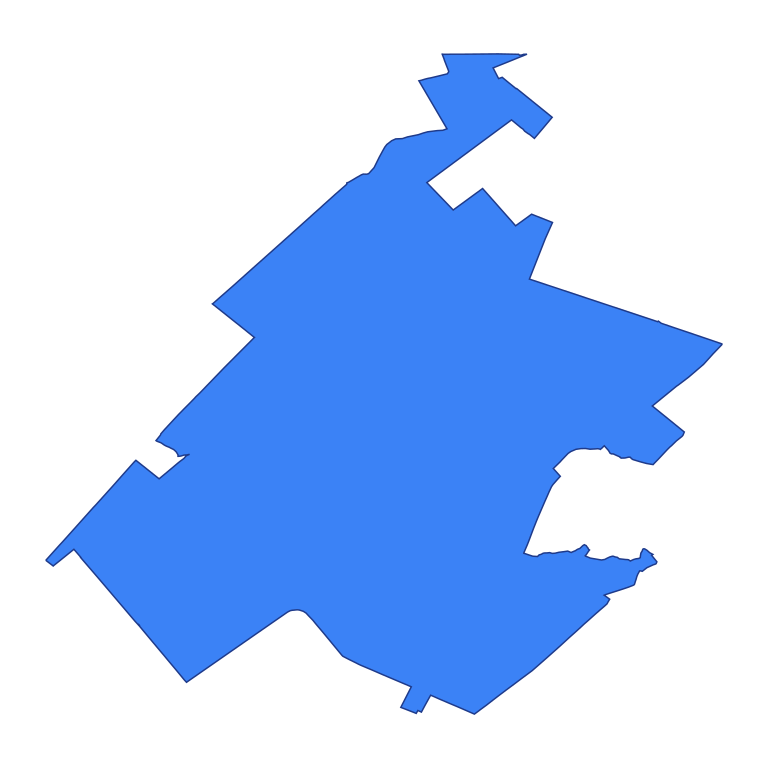 outline of Sinesti, Ialomita, Romania
{"feature_id": "2599482B7496910182319", "entity_name": "Sinesti", "entity_type": "district", "adm_level": 2, "iso_a3": "ROU", "parent_name": "Romania", "parent_adm1": "Ialomita", "projection": "natural_earth1", "projection_center": [26.424, 44.577], "detail": "fine", "context": "isolated", "style": "filled", "palette": "blue", "viewbox_px": 768, "rotation_deg": 0, "n_neighbors": 0, "source": "geoboundaries", "source_scale": "gbopen_adm2", "svg_char_len": 5375}
<svg xmlns="http://www.w3.org/2000/svg" viewBox="0 0 768 768"><path d="M684.3,432.0L652.3,406.0L676.5,386.2L678.3,385.0L688.8,377.0L703.6,364.3L706.6,361.0L713.0,353.9L721.9,344.6L721.9,343.9L710.0,339.8L673.6,327.5L661.3,323.3L658.3,321.1L657.7,321.7L529.4,279.1L545.2,238.9L552.5,222.5L531.6,214.2L515.6,225.8L482.6,188.5L453.2,210.0L426.8,182.6L469.2,151.2L511.5,119.9L520.8,127.6L522.9,129.0L524.7,131.2L528.5,133.9L529.4,134.3L534.4,138.4L543.3,127.9L552.2,117.3L516.6,88.5L516.1,88.7L508.7,82.7L502.2,77.3L498.6,78.6L493.1,67.9L510.0,61.1L527.0,54.2L523.7,54.3L521.7,55.0L519.4,55.2L518.7,54.3L498.1,53.9L462.9,54.2L459.0,54.2L457.6,54.2L450.8,54.2L448.1,54.3L445.5,54.3L443.4,54.3L442.7,54.1L442.2,54.2L442.6,55.2L442.8,55.7L443.4,57.3L443.9,58.5L444.4,60.2L446.8,66.4L448.0,69.4L448.6,71.1L448.7,71.5L448.7,71.8L448.5,72.1L448.2,72.6L447.8,73.1L447.2,73.9L445.9,74.2L444.2,74.6L440.2,75.6L434.4,77.0L430.6,77.9L428.3,78.3L426.6,78.7L424.4,79.3L421.2,80.3L418.9,80.8L447.0,128.8L442.8,130.3L437.3,130.6L427.7,131.8L423.3,133.0L418.3,134.7L407.5,136.9L402.4,138.6L395.7,138.9L391.7,140.7L386.8,144.5L385.8,145.8L384.8,147.1L383.0,150.3L379.3,157.1L374.1,167.6L368.7,173.6L366.8,174.2L363.2,174.1L361.4,174.8L359.0,176.2L356.8,177.4L352.8,179.8L349.2,181.9L348.5,182.3L346.8,182.9L346.8,184.1L346.6,184.4L341.0,189.3L335.4,194.2L323.6,204.8L320.8,207.4L314.6,212.9L298.5,227.4L293.7,231.7L278.5,245.3L252.7,268.3L233.6,285.4L219.1,298.1L213.0,303.5L212.4,303.9L242.4,327.8L254.2,337.3L254.4,337.4L224.4,367.5L221.7,370.3L199.7,393.1L195.9,396.7L194.3,398.5L193.7,399.1L189.4,403.5L183.9,409.0L180.9,412.1L178.6,414.4L164.5,429.6L160.8,433.9L160.5,435.0L156.0,440.6L156.5,441.0L158.1,441.7L160.3,442.5L161.0,442.8L162.1,443.5L163.9,444.8L165.3,445.6L166.5,446.2L169.3,447.3L170.9,448.2L173.6,449.5L175.0,450.7L176.3,452.0L178.0,454.8L178.0,456.3L178.9,456.3L181.1,456.0L184.0,455.1L186.9,454.9L189.6,454.3L186.2,455.8L184.2,458.1L184.0,458.4L180.1,461.3L178.1,462.9L168.0,471.4L159.1,478.8L135.9,460.3L134.6,461.5L123.8,473.6L113.1,485.7L95.8,504.9L93.3,507.5L78.1,524.5L62.5,541.9L59.6,545.0L46.1,560.0L46.3,560.7L53.1,565.9L53.2,566.0L54.0,565.3L60.4,560.2L73.9,549.3L80.8,557.3L80.6,557.5L96.0,575.4L103.6,584.3L134.9,621.1L137.2,623.6L138.1,624.6L138.3,624.4L138.5,624.3L139.4,625.3L139.0,625.6L139.2,625.8L153.2,642.6L162.0,653.1L163.8,655.2L168.0,660.3L175.3,669.0L179.2,673.7L184.2,679.8L186.5,682.3L254.5,635.0L280.6,616.9L287.5,612.1L290.2,610.7L292.0,610.3L294.2,610.1L297.1,609.8L299.2,610.0L303.3,611.3L306.1,613.1L308.4,615.6L313.0,620.4L315.4,623.4L323.5,633.0L341.9,655.3L342.9,656.3L343.5,656.6L345.8,657.8L349.7,659.8L356.0,662.9L358.5,664.2L361.1,665.4L372.0,670.0L382.8,674.7L411.3,686.8L401.6,705.8L400.8,707.4L405.8,709.3L415.0,712.9L416.2,713.4L417.9,710.5L421.4,712.1L425.1,705.2L430.3,695.8L430.6,695.2L433.7,696.5L440.2,699.4L449.8,703.5L458.1,707.0L474.4,714.1L478.6,711.0L480.4,709.6L486.4,705.2L493.2,699.9L500.1,694.6L506.2,690.0L514.3,684.0L522.4,677.9L528.6,673.3L532.1,670.7L535.2,668.0L540.1,663.7L547.5,657.2L554.8,650.7L559.4,646.6L564.1,642.3L569.3,637.5L574.6,632.8L577.9,629.8L581.1,626.9L582.9,625.2L584.4,623.8L586.7,621.8L590.3,618.6L594.2,615.1L596.9,612.7L598.1,611.7L600.0,610.0L604.8,605.9L607.0,603.9L608.0,602.0L609.5,599.5L609.7,599.2L607.4,597.5L604.2,595.2L605.8,594.5L606.8,594.2L608.9,593.5L616.8,591.0L623.3,588.9L628.6,587.1L633.2,585.3L633.9,584.9L634.4,584.5L635.1,582.3L635.4,581.3L636.2,579.0L636.2,578.9L636.8,576.7L637.8,574.2L638.7,572.6L639.5,571.1L639.8,570.8L641.1,571.0L642.3,571.3L646.9,567.7L653.5,564.7L654.9,564.3L656.1,563.7L656.9,561.8L651.6,555.3L652.9,554.4L649.7,552.7L646.9,550.2L645.7,549.5L644.9,549.0L644.3,548.8L644.0,548.8L643.2,548.9L642.7,549.4L642.2,551.0L640.9,553.1L640.4,556.0L640.3,557.4L639.8,558.0L638.4,558.5L636.0,558.8L633.6,559.5L630.3,561.0L628.6,559.8L627.6,559.6L625.5,559.5L619.3,558.8L617.3,557.3L616.0,557.1L614.7,556.8L613.6,556.3L612.4,556.2L609.9,556.9L606.9,558.3L604.9,559.4L601.5,560.0L590.3,558.1L587.5,556.9L585.5,556.2L585.2,555.8L586.3,554.6L588.4,551.4L589.5,550.0L588.6,549.3L588.2,548.6L587.9,547.9L586.8,546.6L586.2,545.6L584.3,544.7L582.7,545.7L581.4,547.0L580.3,548.0L579.8,548.5L578.2,549.0L577.0,549.6L575.4,550.7L573.6,551.4L573.4,551.5L571.2,552.4L571.1,552.5L568.5,551.4L567.7,551.1L563.6,551.7L558.8,552.3L555.1,553.2L552.2,553.4L549.6,552.6L547.4,552.9L544.1,553.0L542.5,553.5L541.5,554.2L539.1,554.9L537.5,556.5L532.8,556.2L529.4,555.1L523.8,553.2L523.9,552.7L527.3,544.8L528.8,541.0L533.5,528.5L536.6,520.7L538.6,515.9L544.7,501.8L547.2,496.2L549.5,490.9L549.7,490.6L550.2,489.5L550.6,488.6L551.5,486.7L553.0,484.5L556.6,480.4L560.3,476.3L553.3,468.5L560.1,461.9L561.7,460.1L565.5,456.1L568.1,453.4L570.9,451.5L573.0,450.6L576.0,449.3L580.9,448.6L585.2,448.5L585.6,448.5L590.0,449.2L595.6,448.9L597.8,448.7L599.9,449.1L600.3,449.4L601.8,448.2L603.4,446.6L604.3,445.8L607.6,449.5L608.4,450.4L609.3,451.8L609.9,453.0L610.4,453.4L611.5,453.9L613.2,453.9L616.7,455.5L619.9,456.9L619.9,457.2L621.1,458.1L624.9,458.0L628.9,457.1L630.4,457.3L631.4,458.6L633.0,459.6L640.6,461.9L646.6,463.5L653.1,464.6L654.2,463.4L658.3,459.2L667.4,449.5L669.9,447.0L671.6,445.6L672.5,444.7L676.5,440.8L681.9,436.5L682.0,436.4L682.7,435.6L682.9,435.3L683.2,434.8L683.4,434.2L683.7,433.5L684.0,432.7L684.3,432.0Z" fill="#3b82f6" stroke="#1e3a8a" stroke-width="1.5"/></svg>